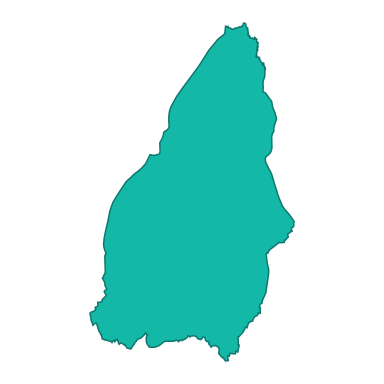 Bueng Samakkhi, Nakhon Sawan, Thailand (Equal Earth projection)
{"feature_id": "78962969B88959964927567", "entity_name": "Bueng Samakkhi", "entity_type": "district", "adm_level": 2, "iso_a3": "THA", "parent_name": "Thailand", "parent_adm1": "Nakhon Sawan", "projection": "equal_earth", "projection_center": [99.97, 16.23], "detail": "fine", "context": "isolated", "style": "filled", "palette": "teal", "viewbox_px": 384, "rotation_deg": 0, "n_neighbors": 0, "source": "geoboundaries", "source_scale": "gbopen_adm2", "svg_char_len": 5926}
<svg xmlns="http://www.w3.org/2000/svg" viewBox="0 0 384 384"><path d="M269.1,250.3L279.4,242.2L279.6,242.3L279.9,242.8L284.3,242.4L284.5,240.1L285.4,240.1L287.7,237.5L288.2,237.2L288.2,236.3L287.7,234.9L287.6,234.1L289.5,232.9L290.3,232.2L290.7,231.4L291.8,231.5L292.1,231.3L292.0,230.8L291.5,230.1L291.6,229.1L291.4,228.4L292.8,227.0L293.1,227.0L293.7,226.3L293.8,225.9L293.8,223.6L294.1,221.4L289.6,215.0L286.7,211.5L284.8,209.5L282.8,206.6L281.4,203.7L279.4,198.8L277.6,194.1L276.5,190.1L274.3,183.4L273.1,179.0L271.6,174.1L270.3,171.3L268.8,168.7L266.0,162.8L265.4,161.0L265.3,159.9L265.5,157.5L267.0,155.9L269.0,154.3L270.5,152.5L271.5,150.1L271.8,148.8L271.9,147.4L271.7,137.1L271.9,135.4L272.4,133.9L273.9,131.2L273.7,129.7L274.0,127.1L274.6,124.6L276.4,119.6L276.4,118.0L275.9,116.0L274.6,111.9L272.6,107.1L272.0,103.3L271.7,101.7L271.2,100.7L270.5,99.9L268.7,97.5L266.5,94.2L265.4,93.0L263.0,91.6L263.2,86.4L263.0,84.6L263.1,82.5L263.5,79.9L264.3,77.9L264.7,76.0L264.9,74.5L264.8,73.3L264.8,70.3L265.1,70.3L265.4,67.9L264.8,67.8L264.7,67.3L264.3,67.1L264.1,66.8L264.5,66.1L263.7,65.1L263.9,64.2L263.6,63.0L263.2,63.1L263.3,63.9L263.1,64.3L262.9,65.2L262.6,65.3L262.3,65.1L262.2,64.8L262.4,64.3L262.0,63.0L259.5,59.6L259.4,59.3L259.9,58.9L259.7,58.2L258.7,58.2L258.5,57.9L258.7,57.3L258.7,57.1L258.2,57.3L257.7,57.1L256.6,57.2L256.5,56.9L257.0,56.6L256.9,56.2L256.3,56.7L256.0,56.6L256.3,55.1L256.7,54.5L256.5,53.8L256.7,52.5L257.0,51.9L256.9,51.5L257.3,51.0L257.0,50.3L257.5,50.2L257.9,49.4L257.7,49.2L257.1,49.8L256.8,49.7L257.2,48.9L257.1,48.2L257.5,47.8L257.2,47.0L257.4,46.9L257.9,47.0L258.1,46.8L257.6,46.5L257.8,46.1L257.7,45.3L257.3,44.6L257.9,44.2L258.0,43.5L257.7,43.3L257.5,43.0L258.0,42.4L257.6,42.2L257.2,42.7L256.9,42.6L256.7,41.2L256.4,40.7L256.4,40.3L256.8,39.7L256.2,39.5L256.0,39.0L256.0,38.4L255.3,37.9L255.5,38.4L255.2,38.8L254.7,38.9L254.4,38.5L254.2,39.3L253.5,39.1L253.4,38.5L252.9,38.5L252.3,38.0L250.0,38.1L249.8,37.7L250.1,36.9L249.9,36.6L249.4,36.5L249.4,35.7L248.9,35.8L248.9,35.3L248.1,35.1L247.8,34.8L248.0,33.8L248.5,33.4L248.4,32.9L248.0,32.4L247.9,31.1L248.1,30.4L247.6,29.9L247.4,29.5L247.5,28.8L247.8,28.5L247.8,28.2L246.7,27.4L245.8,26.0L245.7,25.5L245.9,24.4L245.8,24.0L245.5,23.7L244.2,23.0L243.7,23.1L243.4,23.4L243.0,25.5L242.7,25.7L241.7,26.0L241.7,26.8L241.6,27.1L241.0,26.9L240.3,27.1L239.3,26.8L238.2,27.6L237.5,27.6L236.6,28.0L235.2,28.0L234.9,28.2L234.8,28.7L233.5,29.3L232.5,29.1L232.2,29.3L230.0,27.9L228.9,27.9L228.5,27.5L228.1,26.4L227.1,27.1L225.8,26.0L225.6,26.1L224.7,33.8L217.8,39.4L208.9,50.2L199.0,65.8L182.0,88.8L176.5,96.7L172.2,104.4L170.8,107.4L169.8,110.1L169.3,112.5L168.9,116.0L168.8,119.8L169.1,127.2L167.4,129.7L166.0,130.8L165.2,131.0L164.6,131.4L163.9,132.2L163.7,132.8L163.1,135.8L162.4,137.7L161.5,139.8L160.0,142.3L159.8,143.1L160.1,151.6L159.6,153.5L159.3,153.9L158.5,154.3L155.8,155.0L154.9,155.4L152.0,155.2L150.8,154.7L150.2,154.7L149.8,155.1L146.9,161.2L145.7,163.5L144.7,164.8L142.8,166.7L142.2,167.6L139.0,170.5L135.5,173.1L132.4,175.8L130.4,177.9L128.1,179.8L125.8,182.2L118.5,193.2L113.2,201.8L111.2,206.9L109.7,211.8L108.1,220.3L105.5,231.3L104.2,238.0L103.6,243.8L103.8,246.7L104.4,249.0L105.8,253.0L105.8,254.4L105.6,254.7L105.2,254.7L104.8,256.8L105.3,271.9L105.0,273.2L103.4,276.1L103.6,276.8L102.4,278.1L104.7,282.4L104.8,283.1L105.0,285.6L106.8,288.8L104.2,291.3L104.2,291.7L106.3,295.6L103.6,298.3L102.4,299.2L101.6,302.0L97.7,302.3L97.9,305.4L97.7,305.9L97.2,306.6L95.9,307.0L95.1,307.5L95.8,309.2L95.8,309.5L94.8,310.4L93.6,311.3L91.0,312.2L89.9,313.3L89.9,313.6L90.4,315.2L90.4,315.6L91.5,321.6L91.9,321.8L92.9,325.3L94.3,323.9L96.0,323.2L96.4,323.3L96.8,324.0L97.9,328.1L99.0,331.4L100.3,333.1L100.7,334.6L101.3,334.7L102.2,338.9L104.9,340.0L107.4,340.4L109.2,341.1L110.2,341.1L110.7,341.4L112.0,342.6L113.2,340.7L114.6,340.0L114.7,341.6L117.2,339.4L118.0,341.1L118.6,343.3L119.2,344.3L120.9,342.9L121.0,343.0L122.1,343.4L124.6,345.2L124.8,344.7L125.4,345.2L126.8,347.9L131.0,349.0L131.5,347.7L132.6,346.4L133.4,345.1L133.5,344.6L134.2,344.2L135.0,342.5L136.2,341.3L136.9,340.1L139.1,338.6L140.2,338.2L141.0,338.1L142.5,336.5L143.8,335.4L145.6,332.8L147.0,335.5L147.5,335.3L146.6,336.6L146.1,338.2L146.5,342.4L147.3,344.2L149.0,346.8L149.5,347.1L149.9,347.2L153.9,347.3L156.7,346.6L158.5,345.9L159.7,345.2L164.0,341.7L165.1,341.3L173.2,341.2L174.6,341.0L176.2,339.9L178.6,341.6L178.9,340.6L179.8,340.7L180.0,340.0L182.5,340.6L183.4,339.4L184.1,339.4L185.2,339.1L187.6,336.9L187.7,335.8L188.3,335.8L189.3,336.2L189.8,336.9L190.0,336.4L190.6,336.4L191.4,336.0L192.2,336.0L192.9,335.8L194.7,336.0L196.8,336.8L197.2,338.1L197.5,338.5L200.1,339.6L200.9,339.6L201.3,338.8L202.2,338.5L202.8,337.0L203.2,336.8L203.5,336.8L205.1,337.8L205.1,339.2L205.3,339.8L206.9,341.6L207.3,341.7L208.0,341.3L208.3,341.4L208.8,342.5L208.9,344.2L210.0,345.1L211.0,347.1L211.3,347.1L212.3,346.1L212.9,345.7L213.5,345.6L214.8,345.9L215.6,345.5L217.0,346.3L218.8,347.9L219.0,348.4L219.2,349.2L218.8,352.9L219.1,354.1L220.4,355.2L220.6,355.9L221.4,356.7L222.8,357.9L223.3,357.8L223.5,358.0L224.5,359.8L225.5,360.8L225.9,361.0L226.7,360.7L228.3,360.6L227.9,359.0L227.7,355.8L229.4,356.1L229.9,353.2L231.4,353.6L233.1,353.8L235.5,353.8L235.7,351.1L236.7,351.4L237.8,352.1L239.2,345.1L238.8,344.9L238.3,345.0L238.1,336.7L239.1,336.6L241.2,334.1L242.9,332.3L243.9,330.7L245.4,327.2L247.0,327.8L248.6,322.5L249.6,322.6L250.6,321.4L251.7,321.4L252.2,321.1L252.6,321.2L253.1,319.3L253.5,318.8L253.8,317.7L254.8,316.7L256.8,315.7L258.0,314.6L258.1,313.0L258.6,312.9L260.3,313.3L260.3,307.6L259.4,307.4L259.8,304.9L260.0,304.4L262.0,303.2L262.1,302.1L262.8,299.4L264.2,296.6L264.9,294.7L265.8,293.0L268.6,273.6L268.7,271.1L268.5,268.6L267.4,263.9L266.7,259.4L266.5,257.0L266.3,256.2L266.4,255.6L266.1,254.6L266.3,253.7L266.6,253.2L266.8,253.1L267.3,253.4L267.8,253.2L268.3,251.8L268.9,251.2L269.1,250.3Z" fill="#14b8a6" stroke="#0f766e" stroke-width="1.5"/></svg>